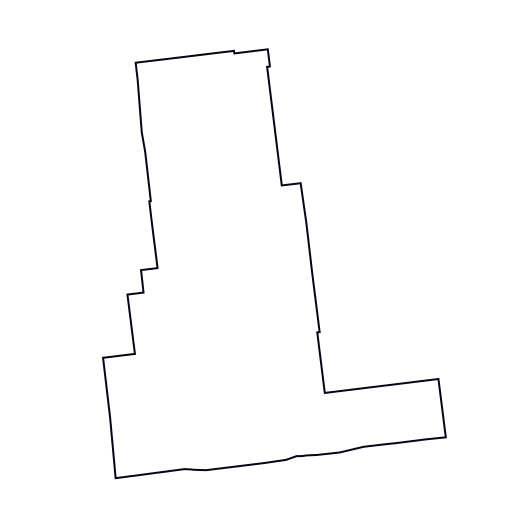 the district of Park, Montana, United States of America, rotated 353°
{"feature_id": "52423323B27264178568267", "entity_name": "Park", "entity_type": "district", "adm_level": 2, "iso_a3": "USA", "parent_name": "United States of America", "parent_adm1": "Montana", "projection": "equal_earth", "projection_center": [-110.469, 45.592], "detail": "fine", "context": "isolated", "style": "outline", "palette": "ink", "viewbox_px": 512, "rotation_deg": 353, "n_neighbors": 0, "source": "geoboundaries", "source_scale": "gbopen_adm2", "svg_char_len": 802}
<svg xmlns="http://www.w3.org/2000/svg" viewBox="0 0 512 512"><g transform="rotate(353 256 256)"><path d="M89.6,459.4L89.8,459.4L159.0,458.8L165.3,459.9L168.2,460.6L180.3,462.5L221.1,462.5L222.5,462.5L238.3,462.5L261.0,462.0L271.8,459.6L277.3,460.2L282.0,460.1L292.0,460.9L315.3,461.2L339.2,458.5L361.6,458.6L361.8,458.6L368.2,458.7L369.9,458.8L401.8,458.7L422.3,459.1L422.1,402.0L422.1,400.3L351.2,400.3L307.6,400.3L307.5,339.3L309.9,339.3L309.7,280.3L310.0,228.8L309.2,189.2L290.2,189.1L290.1,69.6L292.9,69.6L292.9,52.3L259.2,52.3L259.2,49.7L160.1,49.5L160.0,66.9L157.7,119.3L158.7,139.0L158.3,188.7L156.8,188.7L156.7,203.6L156.7,217.7L156.8,248.1L156.8,256.0L140.2,256.0L139.9,278.6L123.7,278.6L123.9,338.4L91.8,338.4L91.5,398.8L89.6,459.4Z" fill="none" stroke="#020617" stroke-width="2"/></g></svg>